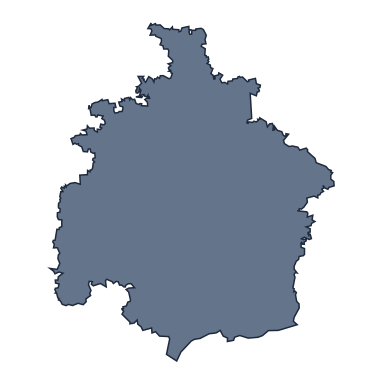 Bogra, Rajshahi, Bangladesh (Mercator projection), rotated 90°
{"feature_id": "16705992B87441692505107", "entity_name": "Bogra", "entity_type": "district", "adm_level": 2, "iso_a3": "BGD", "parent_name": "Bangladesh", "parent_adm1": "Rajshahi", "projection": "mercator", "projection_center": [89.284, 24.83], "detail": "fine", "context": "isolated", "style": "filled", "palette": "slate", "viewbox_px": 384, "rotation_deg": 90, "n_neighbors": 0, "source": "geoboundaries", "source_scale": "gbopen_adm2", "svg_char_len": 5919}
<svg xmlns="http://www.w3.org/2000/svg" viewBox="0 0 384 384"><g transform="rotate(90 192 192)"><path d="M324.7,86.8L321.3,90.6L317.4,89.9L308.0,84.8L303.8,85.0L301.6,87.2L299.4,87.7L294.7,88.5L292.6,87.6L291.2,88.9L291.8,90.3L288.8,89.8L287.9,91.1L277.2,89.0L274.4,90.0L272.5,88.5L272.9,87.0L269.2,89.8L266.3,89.9L261.2,87.7L259.5,85.4L256.5,84.9L255.6,80.5L254.3,79.5L248.5,79.5L247.4,82.8L243.1,83.0L242.4,82.3L244.2,81.5L244.3,79.7L242.2,80.0L240.9,77.9L239.1,77.7L239.6,80.7L238.8,82.5L237.2,79.6L239.5,74.8L238.6,72.6L234.2,73.8L233.9,74.9L235.3,75.2L233.8,76.0L232.5,75.9L232.0,73.8L228.7,73.9L226.9,77.8L225.6,72.9L223.4,72.5L221.5,69.1L219.9,71.9L215.2,71.2L217.1,76.7L213.2,76.2L211.8,77.2L210.8,86.6L210.2,84.8L208.7,84.6L209.1,82.6L207.2,80.2L202.2,76.6L198.1,77.2L196.1,69.9L197.9,66.2L195.1,66.2L194.8,64.2L192.8,63.1L191.4,60.5L189.2,62.2L187.9,60.2L185.4,61.0L188.1,59.0L189.3,56.1L187.4,55.0L185.9,49.9L181.5,50.2L179.1,53.2L175.3,53.2L172.6,51.4L172.1,53.3L170.5,52.7L169.5,55.5L166.5,58.0L162.7,67.8L158.4,69.0L151.6,76.6L149.9,76.3L148.1,77.8L150.1,84.3L147.2,86.1L146.0,91.5L146.5,95.0L143.6,99.6L140.4,100.5L134.2,95.4L133.7,98.0L136.7,98.3L135.3,100.7L131.7,102.2L130.3,106.7L126.6,109.3L129.7,109.4L130.2,111.1L125.9,110.6L123.5,111.7L123.9,114.5L126.9,116.6L121.7,117.9L117.9,124.2L119.2,124.2L119.2,126.3L120.4,125.7L122.0,127.8L121.2,130.1L122.4,131.3L121.9,135.2L123.3,135.9L122.9,137.1L120.1,136.4L118.4,132.3L93.3,133.8L95.8,127.7L92.0,126.8L91.6,125.0L90.4,124.6L88.1,126.0L87.5,124.1L85.1,123.6L83.7,127.6L78.4,128.6L80.0,135.4L81.3,135.2L81.7,136.7L77.0,141.5L77.4,143.8L76.4,144.5L77.0,146.1L78.5,146.5L79.0,151.2L80.9,151.7L81.3,156.0L83.9,156.4L82.4,159.3L82.8,162.2L79.2,164.0L75.2,161.3L72.9,165.2L74.9,165.5L75.9,169.3L78.8,168.9L79.1,170.1L75.1,171.0L73.6,173.1L68.6,171.1L67.6,173.4L65.0,173.7L63.5,177.0L61.7,175.2L60.3,176.2L59.3,175.2L56.9,175.8L57.1,177.6L55.7,177.7L55.2,179.2L48.7,178.8L46.4,182.8L44.3,182.1L43.8,178.0L39.6,179.0L35.3,177.7L29.6,180.6L28.3,182.9L29.0,188.2L30.3,188.3L30.3,192.1L34.1,192.4L34.4,194.2L31.7,195.1L29.8,193.5L29.7,195.0L26.4,195.2L27.9,202.0L31.3,203.3L31.8,205.0L29.7,205.2L29.3,211.3L26.9,211.6L29.9,214.4L28.8,215.3L28.6,219.8L24.9,223.8L25.1,228.0L23.6,228.5L25.4,233.0L23.0,232.9L28.6,236.1L28.7,233.2L30.9,232.1L35.2,233.9L34.9,228.5L36.3,228.2L38.5,222.8L41.3,222.5L44.7,224.0L45.9,221.0L49.0,220.3L49.0,216.2L50.8,215.2L56.2,215.7L60.4,211.3L62.6,211.4L63.8,215.8L65.7,213.1L67.4,215.5L69.0,215.4L70.0,213.8L71.2,215.2L71.3,213.0L72.9,213.0L73.4,211.7L78.0,213.2L78.7,215.1L75.7,220.6L75.7,223.7L78.3,224.4L77.1,226.4L78.9,227.7L78.8,229.4L82.0,230.1L79.0,231.6L76.6,235.2L82.3,238.4L80.1,240.4L79.2,239.8L78.4,241.8L76.4,240.4L76.4,245.9L83.2,242.4L86.3,245.4L86.8,247.5L87.6,246.6L89.6,247.5L89.6,246.5L90.4,248.2L92.7,247.9L93.1,246.3L91.6,244.8L88.4,244.5L90.4,243.0L96.1,244.7L96.9,248.1L97.6,242.3L96.7,241.7L97.0,243.6L95.8,244.0L94.6,241.0L95.3,239.9L93.9,240.4L96.4,239.0L96.7,237.0L95.3,236.1L97.0,236.1L96.7,235.0L98.3,234.4L98.2,237.2L99.5,239.2L102.3,236.6L106.0,236.3L105.7,242.7L103.7,242.3L103.6,244.3L104.5,244.9L103.5,247.9L99.3,249.4L99.7,251.4L97.6,253.5L99.7,254.3L97.4,255.2L98.5,259.6L100.6,259.6L99.0,262.5L101.5,261.9L102.1,265.3L106.1,264.0L106.7,261.4L108.4,261.0L111.5,261.9L111.5,264.8L112.6,265.9L113.0,269.1L111.1,270.1L107.5,270.2L107.4,268.1L103.2,269.0L103.7,274.9L99.7,276.2L100.7,281.7L99.4,282.0L102.0,285.9L102.5,288.9L104.0,292.0L107.3,292.8L107.2,294.3L105.2,295.0L108.7,295.4L108.7,294.0L115.3,292.8L115.1,289.2L117.0,288.1L116.8,286.8L115.0,286.3L116.0,280.9L118.6,282.2L120.1,279.7L123.3,278.6L124.8,280.0L124.1,283.3L127.2,284.0L128.0,282.3L129.5,283.5L129.2,286.7L132.1,286.6L130.5,289.7L128.0,289.9L128.2,294.6L125.8,296.6L129.0,297.0L130.1,301.3L131.1,298.0L134.7,297.0L135.0,301.9L133.5,303.6L135.1,304.1L135.7,308.7L137.4,309.8L138.6,313.0L144.4,311.0L143.2,309.1L144.2,307.5L143.7,305.6L145.1,305.6L146.8,302.3L151.5,300.7L151.9,296.5L149.0,295.7L148.9,293.8L151.9,293.3L153.3,290.8L152.9,289.3L157.7,288.8L158.4,290.9L160.0,291.4L162.0,289.4L163.0,290.8L168.1,291.4L169.9,292.4L170.0,293.8L171.8,294.0L170.4,296.4L174.7,296.6L175.1,304.2L184.3,303.7L182.6,308.9L183.4,313.8L185.9,317.3L185.0,318.3L187.1,318.0L186.2,319.7L188.2,319.9L187.0,322.3L188.3,323.1L191.6,321.0L191.7,323.2L196.8,324.2L198.3,323.2L199.4,324.2L201.5,323.6L203.3,325.4L205.7,325.6L207.9,325.5L208.8,323.9L212.1,324.0L212.8,326.6L217.0,326.7L219.6,325.5L219.9,322.2L226.6,322.2L227.6,324.7L229.4,324.9L229.3,327.1L240.2,328.9L240.4,330.7L242.0,331.2L244.2,329.7L247.9,330.5L247.7,326.7L253.3,324.2L254.9,325.6L258.6,326.1L263.4,324.2L269.4,326.8L268.4,334.1L271.2,330.4L273.8,329.0L272.0,325.0L273.2,321.0L276.7,325.7L280.0,326.0L280.1,328.7L283.1,328.4L284.0,324.9L287.8,325.9L288.3,328.7L289.7,329.1L292.4,327.8L293.0,328.7L293.4,327.3L297.9,326.2L298.7,324.8L299.9,325.6L300.9,323.6L304.3,321.8L305.6,317.9L304.4,315.7L305.5,311.4L303.3,305.9L304.7,300.8L301.7,297.8L298.9,298.1L295.5,293.4L293.6,294.3L290.4,293.0L284.7,295.5L281.4,294.8L281.6,291.7L284.2,292.7L285.8,290.7L283.5,283.6L286.9,277.8L280.7,278.5L279.3,277.3L281.6,271.9L283.5,270.6L281.4,267.8L281.7,265.8L285.1,264.5L285.1,262.3L286.9,260.1L286.9,258.6L285.3,258.3L283.7,255.5L283.7,252.8L287.7,249.5L288.1,255.3L289.5,257.9L292.1,255.3L300.0,253.5L301.4,253.9L302.1,256.2L305.9,257.6L306.9,261.1L308.4,260.8L308.9,262.7L309.0,261.0L309.7,261.8L311.3,260.3L314.2,262.0L322.1,254.0L323.8,254.1L323.1,249.9L320.0,246.9L324.2,246.2L326.9,242.8L330.4,241.2L328.0,232.4L333.0,232.0L331.7,228.5L336.1,224.4L336.6,215.4L338.8,214.3L354.4,217.5L361.0,207.3L352.0,203.1L341.0,192.7L339.3,189.5L338.4,183.8L333.8,175.0L332.9,167.8L330.4,163.8L336.1,160.8L338.0,156.5L341.5,156.6L340.3,150.4L337.2,149.4L335.5,144.2L338.1,135.8L337.3,126.1L335.6,121.5L330.6,115.6L330.4,105.7L324.7,86.8Z" fill="#64748b" stroke="#1e293b" stroke-width="1.5"/></g></svg>